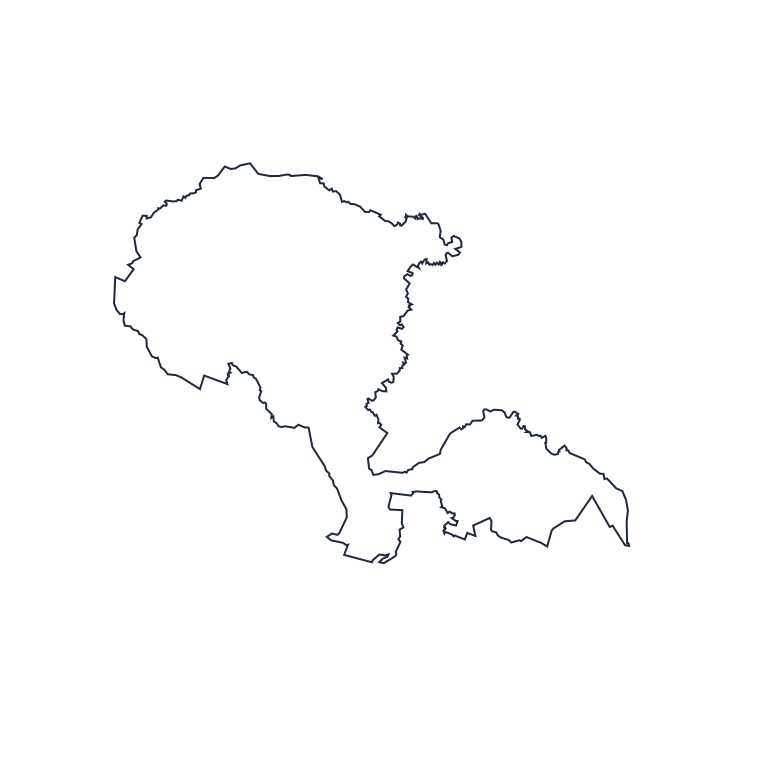 outline of San Martín Chalchicuautla, San Luis Potosí, Mexico, rotated 299°
{"feature_id": "50627088B19949088040088", "entity_name": "San Martín Chalchicuautla", "entity_type": "district", "adm_level": 2, "iso_a3": "MEX", "parent_name": "Mexico", "parent_adm1": "San Luis Potosí", "projection": "robinson", "projection_center": [-98.615, 21.363], "detail": "fine", "context": "isolated", "style": "outline", "palette": "slate", "viewbox_px": 768, "rotation_deg": 299, "n_neighbors": 0, "source": "geoboundaries", "source_scale": "gbopen_adm2", "svg_char_len": 6155}
<svg xmlns="http://www.w3.org/2000/svg" viewBox="0 0 768 768"><g transform="rotate(299 384 384)"><path d="M547.5,347.5L552.8,337.5L549.8,334.2L550.2,332.7L548.8,332.7L548.3,337.4L547.2,337.9L546.0,334.4L544.8,333.7L546.8,330.9L545.9,330.2L543.9,331.3L544.4,328.3L542.0,323.2L542.7,321.1L540.1,321.8L540.4,323.3L536.3,324.2L530.9,322.5L530.5,321.3L532.1,320.3L532.0,317.9L530.0,318.3L527.1,316.6L528.4,312.3L528.3,308.3L527.1,306.3L528.3,298.5L530.4,299.1L529.4,287.9L527.1,287.5L525.3,283.8L527.6,277.1L527.0,271.1L525.2,267.4L526.0,264.2L524.8,263.1L524.7,260.6L522.9,259.0L528.3,253.6L529.5,248.7L527.5,245.9L529.5,243.7L526.8,242.2L527.9,236.0L530.2,233.9L528.6,230.8L532.0,227.1L533.5,231.0L533.7,225.7L528.9,214.1L520.6,201.5L521.4,200.6L520.0,197.3L514.9,191.1L510.5,183.3L507.4,174.0L507.0,171.8L512.1,159.9L505.5,152.3L500.4,149.4L497.7,145.6L497.0,139.3L485.7,137.7L481.8,135.6L476.7,126.1L469.5,125.8L466.0,129.1L462.2,125.5L460.7,126.6L458.8,125.4L456.5,121.9L454.5,122.0L452.9,119.9L450.5,120.0L450.8,117.7L446.1,118.1L445.2,114.3L443.3,113.9L441.3,110.8L438.8,104.4L437.2,103.9L436.3,106.7L434.4,107.2L433.3,104.5L428.7,102.9L428.3,101.3L426.9,101.9L422.3,99.7L416.8,99.3L413.7,96.1L416.0,94.9L414.1,91.2L406.3,92.0L406.3,94.4L399.8,93.6L394.3,95.6L390.7,94.7L380.1,103.1L376.7,109.7L369.5,104.9L367.5,105.2L364.2,102.4L363.0,109.4L348.3,107.6L347.2,97.1L323.5,108.9L319.3,113.9L317.2,119.0L318.5,121.8L320.1,122.5L313.4,125.2L309.4,129.0L311.5,134.4L310.0,137.7L311.0,143.4L309.0,146.0L309.5,148.7L308.1,154.4L301.6,158.4L295.6,167.7L296.1,171.8L297.4,173.3L290.4,180.8L290.1,184.5L287.7,190.2L290.9,197.8L291.5,203.6L290.3,225.5L304.2,222.6L308.0,247.1L310.8,244.1L315.0,244.3L316.4,243.1L316.2,244.2L317.9,243.1L319.4,244.1L319.2,242.6L323.0,242.2L326.3,238.1L328.6,240.8L327.1,242.5L327.6,246.4L324.7,254.3L328.2,258.1L327.1,261.5L328.3,265.2L326.6,266.7L326.4,269.7L321.0,277.6L318.3,278.5L318.3,280.1L311.6,281.3L309.6,283.2L308.8,287.6L310.1,288.8L309.7,290.4L305.2,293.0L303.2,300.6L299.7,301.9L302.0,303.0L297.8,305.8L297.7,309.0L295.9,312.5L297.0,315.8L299.1,317.9L302.2,326.9L306.9,328.9L307.5,335.3L309.3,339.2L294.2,351.9L283.3,372.1L280.2,375.3L279.2,379.6L277.1,380.6L274.8,386.1L271.2,389.2L269.9,393.5L261.4,403.5L256.4,411.7L249.3,416.1L231.3,417.2L229.5,416.3L227.9,410.9L222.6,408.1L221.6,413.5L225.2,425.1L224.8,429.5L225.9,430.4L215.2,432.0L222.2,459.8L224.2,459.5L232.6,462.6L234.7,468.2L237.2,470.5L234.5,470.8L230.7,467.6L225.9,466.2L227.2,470.7L239.0,477.4L241.6,477.0L242.8,475.7L254.0,474.9L255.1,471.9L258.5,472.0L264.3,468.2L267.9,470.5L270.8,467.1L282.6,461.2L277.1,450.2L278.8,447.4L290.4,444.4L291.8,442.7L299.5,461.7L302.7,462.5L303.5,461.4L305.8,464.5L312.2,477.9L315.3,480.6L315.8,482.5L314.5,483.0L313.9,485.8L311.6,487.5L310.6,490.3L309.4,490.2L305.1,494.3L304.0,493.8L304.8,497.7L302.0,502.2L304.2,503.2L304.0,506.8L305.0,508.4L303.9,509.5L300.8,509.4L299.6,508.2L299.0,512.9L299.8,514.8L295.1,515.6L293.5,509.9L294.3,507.1L289.3,505.4L287.9,507.4L287.4,506.5L286.5,507.8L284.7,507.0L282.4,509.4L284.4,509.5L285.3,516.2L284.5,518.8L285.7,519.0L287.3,530.1L294.1,529.0L295.4,537.6L303.4,530.6L318.1,541.5L316.1,544.5L308.4,548.3L307.6,549.9L308.6,554.1L306.6,557.2L306.5,561.5L308.1,568.7L307.0,572.1L313.0,578.2L313.0,580.0L319.2,582.8L321.2,598.6L321.0,605.5L337.2,601.7L339.9,602.3L351.5,608.6L357.4,617.4L387.0,620.3L368.4,650.7L370.9,652.7L359.8,673.1L361.2,676.8L363.2,675.1L362.6,673.8L381.6,662.8L391.6,658.7L400.1,651.8L405.9,644.4L405.3,637.8L409.5,624.7L407.7,622.9L411.8,619.5L410.3,616.4L411.4,608.2L413.7,602.4L413.6,598.7L415.4,596.1L413.6,579.7L415.3,577.5L414.5,575.7L416.3,575.0L417.7,571.8L411.0,569.0L410.1,570.1L409.1,569.3L407.2,570.1L404.7,567.4L404.3,563.7L406.1,557.5L410.7,553.6L411.3,554.3L415.1,552.3L416.9,550.2L413.4,548.1L414.7,545.9L413.4,544.2L413.7,542.3L409.9,538.1L412.6,535.1L411.0,531.8L412.4,532.5L412.7,529.3L415.3,527.8L415.0,526.6L411.8,526.4L411.3,525.1L413.3,520.4L418.7,520.1L419.5,519.3L418.6,518.0L420.9,516.7L420.4,515.0L422.9,515.9L423.2,511.9L422.6,510.7L415.5,510.1L414.6,508.6L414.5,507.0L417.6,503.1L418.1,499.8L414.9,492.8L411.4,490.1L411.5,486.2L410.3,483.9L408.3,483.9L403.5,488.0L399.7,487.4L394.7,479.2L390.3,478.8L388.5,475.3L385.6,475.6L385.3,473.7L383.8,474.6L381.8,473.6L382.5,471.1L372.7,465.8L354.0,465.5L349.9,466.8L340.5,459.2L335.3,457.2L332.1,452.9L325.0,449.5L323.2,450.1L320.7,446.9L317.4,446.7L317.5,445.0L315.2,443.1L308.6,427.5L302.5,422.9L299.3,418.7L302.7,414.8L302.7,412.0L311.3,405.9L315.8,408.4L342.7,410.7L343.9,401.1L347.1,401.3L347.8,398.4L347.0,397.7L350.2,396.4L353.4,392.5L351.7,391.5L353.9,387.8L353.4,387.1L354.8,383.9L353.6,382.9L354.9,378.7L356.6,379.6L358.2,378.3L360.1,379.7L362.7,376.8L363.8,377.4L363.5,381.5L364.5,382.8L368.3,383.4L372.5,380.3L374.9,382.0L376.7,381.6L376.9,386.0L378.7,389.6L381.6,387.6L383.8,381.7L389.9,385.3L388.3,387.3L388.7,389.8L390.1,391.2L394.9,389.1L396.9,386.1L399.4,390.4L403.4,391.2L405.6,390.1L406.8,392.3L409.0,391.1L410.4,392.1L411.9,390.6L412.0,392.5L413.4,392.8L417.0,389.2L417.5,391.9L419.6,390.2L421.2,390.8L422.4,382.5L426.7,381.8L427.3,378.9L429.6,378.6L429.1,375.2L431.5,371.8L430.9,368.6L436.4,370.3L437.5,368.8L440.1,368.5L440.9,372.9L443.2,373.6L444.8,370.6L443.1,369.6L444.0,366.5L446.5,368.0L450.6,365.6L452.9,368.2L459.7,369.1L462.3,371.8L463.1,368.4L464.8,368.7L464.1,367.1L467.1,369.8L467.3,365.2L470.3,364.0L471.0,361.0L474.7,361.0L477.4,357.5L484.4,357.7L486.1,350.3L487.8,349.4L491.4,351.2L491.4,354.7L492.6,355.8L494.8,355.3L494.2,349.9L499.4,350.4L502.6,351.3L502.3,358.3L503.7,356.4L506.9,356.2L509.0,357.1L508.0,358.9L512.6,359.2L513.9,360.7L509.9,362.5L511.8,363.7L510.3,365.8L511.7,367.2L511.6,368.8L514.1,369.0L513.3,371.2L515.6,371.3L515.1,373.8L517.9,373.5L517.8,374.7L516.1,375.0L515.9,376.7L519.0,376.7L518.8,378.7L522.1,379.5L526.6,375.4L528.7,375.3L529.9,376.3L528.8,381.8L533.0,386.3L535.9,386.6L536.7,380.9L541.5,385.3L545.8,382.7L547.9,379.4L547.2,373.1L544.8,372.0L541.2,374.8L538.4,371.9L535.9,371.7L535.4,369.4L539.1,365.9L539.4,361.6L545.3,359.4L550.3,354.1L550.4,352.6L547.5,347.5Z" fill="none" stroke="#1e293b" stroke-width="2"/></g></svg>